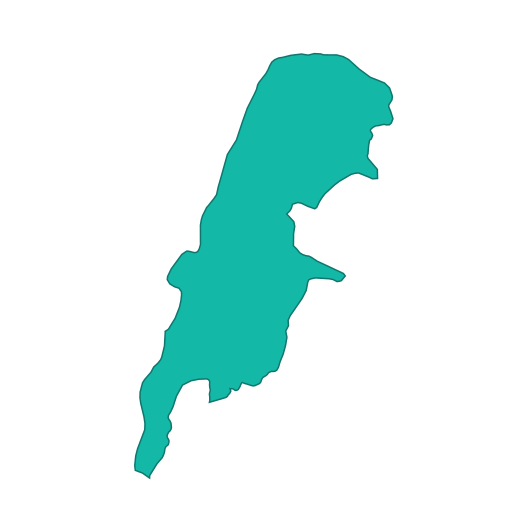 Huila, Albers equal-area conic projection, rotated 164°
{"feature_id": "COL-1405", "entity_name": "Huila", "entity_type": "Department", "adm_level": 1, "iso_a3": "COL", "parent_name": "Colombia", "parent_adm1": "", "projection": "albers", "projection_center": [-75.51, 2.666], "detail": "fine", "context": "isolated", "style": "filled", "palette": "teal", "viewbox_px": 512, "rotation_deg": 164, "n_neighbors": 0, "source": "natural_earth", "source_scale": "10m", "svg_char_len": 3105}
<svg xmlns="http://www.w3.org/2000/svg" viewBox="0 0 512 512"><g transform="rotate(164 256 256)"><path d="M364.1,208.6L361.3,209.4L359.9,210.1L357.4,212.5L350.9,218.4L343.7,227.8L340.4,233.9L338.3,239.0L337.5,242.2L338.9,246.3L342.8,248.9L346.5,252.9L347.8,257.8L346.6,260.7L341.0,267.0L326.8,278.0L321.2,279.8L319.3,279.1L314.5,276.3L312.5,275.9L310.7,276.4L308.6,278.5L306.2,282.3L300.9,301.0L298.5,306.0L296.2,309.5L290.0,316.3L288.3,317.3L280.6,322.8L277.0,325.8L273.3,332.7L268.0,341.2L255.5,361.5L242.9,372.8L231.7,389.2L223.6,400.5L212.8,412.2L209.5,416.1L207.2,420.1L204.8,422.4L196.2,428.6L193.1,431.7L190.4,435.0L187.4,438.0L184.0,439.5L179.7,440.1L175.6,439.6L167.2,439.3L156.6,437.6L150.5,434.7L144.2,434.5L138.1,432.4L135.5,430.7L131.2,429.4L123.0,427.0L117.2,423.6L112.8,419.3L105.5,407.5L96.9,396.3L84.8,386.9L81.3,380.7L80.9,373.7L81.0,371.5L82.3,368.6L86.8,364.5L87.3,362.8L86.7,357.9L86.5,350.2L89.2,346.6L91.6,345.4L94.3,346.0L96.3,347.1L98.9,347.5L101.8,347.5L105.1,348.1L107.5,347.6L109.8,346.7L111.0,345.9L111.5,345.0L111.4,343.9L110.9,342.5L110.7,340.9L110.7,339.6L112.9,336.8L114.9,335.9L117.1,331.6L119.5,325.3L120.1,323.6L121.4,321.7L121.5,319.0L115.5,305.8L117.8,297.0L122.8,298.1L125.5,300.5L134.6,307.6L137.9,308.2L142.0,308.3L155.2,304.9L160.6,302.8L172.5,296.9L176.4,294.0L180.2,290.6L184.3,285.9L186.5,285.2L192.4,289.4L197.9,294.3L201.2,295.9L206.7,295.7L208.8,292.2L210.9,290.1L214.9,287.9L210.2,278.6L210.6,273.8L213.7,267.2L217.2,255.5L215.0,251.6L213.1,247.1L210.9,244.6L207.9,242.5L205.2,241.3L203.1,239.4L198.7,234.2L194.3,230.4L176.8,215.1L175.7,212.2L180.7,208.8L182.7,208.7L185.2,209.1L186.5,210.4L188.5,212.2L191.8,213.9L205.0,218.6L209.7,218.9L212.0,218.5L213.5,216.5L217.2,209.1L223.5,202.4L239.7,189.1L242.8,185.4L244.0,180.0L248.1,175.7L248.7,169.3L252.4,161.6L257.0,154.1L262.0,147.7L265.2,142.7L267.7,140.4L269.6,140.0L271.4,140.3L273.0,140.8L274.4,140.7L276.3,140.2L278.0,138.9L279.4,138.3L282.7,137.4L284.0,136.5L284.9,135.3L286.1,133.6L287.1,132.8L288.0,132.4L292.8,131.7L294.5,131.9L296.2,132.8L299.5,135.1L301.7,136.4L304.2,138.3L304.9,137.8L306.2,136.5L307.4,134.9L309.8,132.6L311.6,132.2L313.0,132.5L313.9,133.5L314.3,134.4L317.5,135.7L317.5,133.0L319.2,131.1L321.0,130.2L322.1,129.0L323.3,128.5L324.7,128.3L341.1,128.2L340.2,130.0L339.2,133.7L339.0,135.5L338.5,136.9L337.3,138.8L336.9,139.8L336.6,142.7L336.2,144.8L335.5,146.8L335.1,148.7L335.8,150.3L337.1,151.4L344.8,153.3L352.7,154.0L362.2,152.2L371.1,143.2L377.3,134.0L380.8,129.9L384.1,126.9L385.0,124.9L384.9,123.1L384.1,121.1L383.8,118.7L384.5,114.7L385.5,112.8L387.0,111.5L388.6,110.7L390.6,108.5L391.2,107.1L391.2,105.5L390.7,104.1L390.6,102.3L391.2,100.7L392.2,99.1L393.0,98.4L394.1,98.1L395.2,97.5L396.5,96.1L398.2,92.5L399.7,90.3L401.6,88.1L408.3,83.7L418.7,74.3L419.5,71.9L425.0,78.7L431.1,83.2L430.3,88.0L426.7,97.0L423.0,103.3L410.8,119.7L408.9,125.5L408.0,132.3L407.4,146.1L406.6,151.8L404.9,157.1L400.0,165.4L397.0,168.0L389.0,173.2L384.9,177.5L380.0,179.9L376.2,182.6L374.4,184.9L368.8,194.7L364.3,207.6L364.1,208.6Z" fill="#14b8a6" stroke="#0f766e" stroke-width="1.5"/></g></svg>